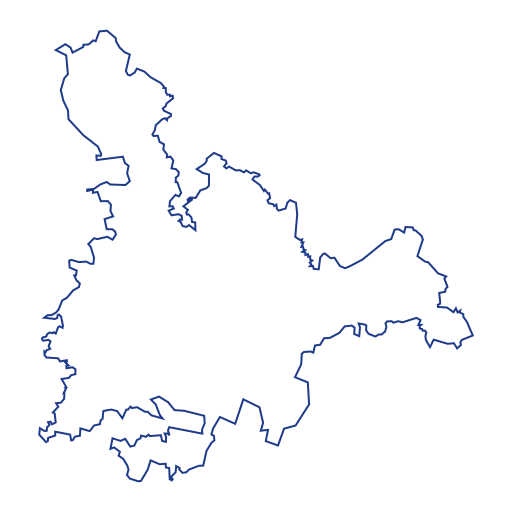 Teloloapan, Guerrero, Mexico
{"feature_id": "50627088B66496365235965", "entity_name": "Teloloapan", "entity_type": "district", "adm_level": 2, "iso_a3": "MEX", "parent_name": "Mexico", "parent_adm1": "Guerrero", "projection": "robinson", "projection_center": [-99.906, 18.387], "detail": "fine", "context": "isolated", "style": "outline", "palette": "blue", "viewbox_px": 512, "rotation_deg": 0, "n_neighbors": 0, "source": "geoboundaries", "source_scale": "gbopen_adm2", "svg_char_len": 5959}
<svg xmlns="http://www.w3.org/2000/svg" viewBox="0 0 512 512"><path d="M70.5,47.5L65.3,44.2L55.8,50.1L66.2,55.3L67.9,74.2L64.2,78.4L60.8,90.2L63.3,100.5L68.0,110.5L68.5,119.2L83.3,135.2L97.8,146.5L101.2,154.0L100.8,155.8L96.4,155.5L96.7,160.0L122.9,156.7L125.0,163.1L128.6,165.9L127.1,173.3L129.8,181.1L125.5,185.0L110.4,184.5L106.6,182.0L100.2,184.5L94.0,188.9L87.2,189.5L87.2,191.0L93.0,189.6L92.9,192.8L97.5,191.9L100.8,201.2L107.9,201.1L110.9,204.6L110.5,211.1L113.1,216.4L104.6,219.1L106.7,229.2L112.5,229.3L115.1,231.5L115.9,234.5L112.6,239.7L107.3,236.8L97.2,239.1L94.1,238.2L88.3,244.1L90.7,246.8L94.0,257.6L93.4,263.7L90.5,263.8L86.2,261.6L79.0,262.1L71.4,259.9L69.2,260.7L69.6,267.5L76.7,270.6L76.0,275.3L74.2,275.4L76.4,280.2L79.8,283.5L79.0,287.0L73.2,290.3L67.0,297.7L62.2,300.5L58.6,309.5L56.0,312.6L51.3,315.2L47.8,315.1L44.2,317.7L54.9,319.0L57.2,318.0L57.7,315.0L59.2,314.6L61.1,316.7L62.9,325.4L62.6,327.8L59.5,326.3L58.1,327.2L55.7,333.6L53.6,332.2L52.5,333.2L49.7,332.5L47.1,334.2L46.3,336.5L42.8,337.4L41.9,338.7L43.0,340.7L48.5,339.9L50.5,341.4L48.6,346.3L50.2,348.8L46.5,350.3L45.4,352.4L44.4,351.5L44.5,354.9L46.4,357.5L58.1,358.3L60.0,361.4L66.8,360.2L67.0,361.4L64.8,361.8L68.5,365.4L66.4,365.7L66.5,368.2L72.7,367.3L75.4,369.2L75.4,374.2L71.3,375.1L68.8,377.9L61.6,379.0L66.4,387.3L65.3,387.7L66.0,388.4L63.6,393.4L64.4,393.4L64.1,398.9L60.9,402.7L56.1,403.2L58.3,406.7L52.9,412.5L54.7,413.5L55.7,422.4L52.1,424.3L50.5,421.7L48.0,422.2L49.5,424.8L47.1,427.3L46.6,430.9L44.2,430.9L39.9,428.2L39.2,434.6L46.1,442.1L47.8,441.1L48.2,437.8L55.2,435.6L55.2,431.7L70.1,434.6L71.2,440.4L72.8,440.1L75.0,436.6L79.9,435.8L80.4,428.4L89.7,431.1L94.1,425.5L99.9,424.2L100.6,420.4L102.6,418.8L103.3,411.2L107.0,410.2L111.6,409.6L117.2,411.1L122.4,418.3L126.3,409.6L127.8,409.7L130.6,406.6L132.0,408.1L137.1,407.2L144.8,411.7L147.7,411.8L151.5,415.4L162.6,418.5L159.8,415.0L155.8,404.5L150.9,399.5L159.0,396.6L168.1,402.2L174.5,410.1L184.2,410.8L204.2,415.8L204.7,423.2L202.0,429.7L202.3,433.6L169.2,427.2L168.0,430.5L169.5,435.3L167.7,433.5L164.6,433.5L166.1,436.8L165.9,441.9L162.1,440.9L160.9,435.2L149.7,436.1L148.6,434.6L145.9,436.8L141.1,435.6L140.5,438.3L136.9,440.1L134.4,445.5L130.3,446.6L125.2,438.8L120.5,440.9L112.5,438.3L110.5,448.8L114.1,447.4L119.9,451.8L118.6,455.7L123.3,458.9L127.3,465.6L128.5,469.6L127.0,475.0L129.8,478.6L138.3,481.3L141.0,480.9L147.7,469.7L150.6,460.4L159.6,464.2L165.7,463.8L165.9,467.5L169.2,468.0L169.7,479.2L171.8,480.4L172.7,479.2L170.9,477.0L175.6,472.3L176.2,466.1L179.6,468.0L179.2,469.4L182.4,472.8L186.3,472.3L188.9,469.6L198.8,465.8L203.2,465.6L206.6,450.7L211.4,442.9L214.4,440.3L213.9,435.8L211.4,434.4L213.1,428.5L219.9,417.0L235.2,423.8L243.3,399.3L259.5,407.3L263.1,422.8L260.8,430.7L268.0,429.9L265.8,441.1L278.0,445.5L284.0,428.7L295.6,425.5L309.1,404.4L307.8,382.4L295.0,377.2L301.2,364.4L301.8,353.8L303.9,352.0L310.6,351.5L313.3,352.6L315.0,345.5L320.2,344.7L324.1,338.2L329.8,337.9L339.3,332.9L344.7,326.4L351.8,325.6L354.6,327.6L354.2,334.0L359.2,336.1L360.0,327.5L358.7,323.5L364.8,324.6L366.3,325.5L366.1,330.2L368.5,333.8L375.3,336.5L379.0,334.4L381.4,334.6L385.1,331.5L386.4,326.9L385.5,323.2L387.1,321.4L391.7,321.2L393.3,322.7L398.1,321.2L402.5,322.3L416.4,317.9L420.5,320.1L418.4,325.0L421.0,324.9L419.6,326.2L419.8,328.5L422.0,329.0L422.7,330.7L425.1,330.7L426.3,332.5L425.4,336.3L426.0,340.2L430.0,347.1L433.7,339.7L447.8,343.8L453.9,343.2L457.1,348.4L460.9,344.9L460.4,342.5L461.8,339.9L472.8,335.5L466.8,321.7L463.4,316.9L463.3,314.2L459.6,312.4L460.1,310.6L457.6,312.4L455.9,308.3L453.5,312.2L447.1,307.6L438.0,306.9L437.8,304.8L439.9,303.9L440.2,302.2L439.2,293.0L445.2,291.7L445.5,289.0L447.5,286.9L444.4,278.6L446.2,276.5L438.1,273.4L428.1,262.2L425.1,261.6L417.4,256.1L422.9,239.5L421.5,235.7L415.5,230.4L413.7,230.2L412.8,227.4L405.5,227.0L404.2,232.6L398.8,229.3L394.7,229.5L391.2,239.1L385.4,241.0L362.4,259.6L349.9,266.2L345.0,268.2L340.0,266.1L334.4,257.7L330.6,258.2L325.0,253.5L323.3,253.8L320.2,257.5L318.7,269.3L313.7,268.9L313.0,266.0L309.9,266.2L311.3,264.4L309.8,262.5L312.3,260.6L310.2,259.6L310.2,256.3L308.2,256.9L308.0,254.2L305.4,255.0L305.4,252.6L302.4,251.8L305.3,250.1L303.4,249.2L303.1,246.7L301.4,246.9L303.4,242.4L301.4,242.4L302.1,239.4L300.1,240.0L295.3,236.9L297.2,214.1L296.0,202.8L290.1,200.1L287.4,202.6L285.6,208.5L278.6,210.6L276.9,208.8L276.4,204.6L274.2,206.1L273.3,204.3L268.7,203.2L267.4,200.3L270.1,198.2L269.1,193.3L268.0,193.6L264.9,189.6L263.9,191.0L259.9,185.0L252.5,179.5L254.4,176.5L257.9,176.5L259.6,175.3L259.2,174.3L253.5,172.3L250.8,173.3L246.2,170.4L243.8,172.4L239.9,170.2L235.8,170.4L229.1,166.6L226.4,168.4L224.0,166.4L226.6,163.3L225.8,160.6L221.5,159.0L221.6,156.4L214.0,152.9L206.7,158.7L206.8,160.6L204.8,163.7L196.7,169.1L203.0,173.0L209.0,174.5L208.9,185.8L206.4,188.2L200.3,190.4L195.7,197.9L190.0,197.5L187.6,199.5L187.9,200.9L191.2,198.4L192.0,199.7L183.4,206.3L187.9,209.9L186.3,212.3L186.8,214.5L188.6,214.4L191.4,217.4L192.1,222.0L195.2,222.4L195.4,230.2L189.1,225.1L186.4,226.9L182.6,226.1L180.7,222.0L178.6,221.0L180.0,219.5L182.0,219.7L181.7,215.9L178.5,214.2L171.5,215.3L168.7,210.7L173.8,208.5L172.6,206.2L169.4,206.4L170.0,201.2L175.4,194.9L179.0,196.4L181.1,192.9L177.3,182.2L175.7,182.1L175.9,177.5L178.4,175.6L178.8,172.1L176.0,169.2L171.5,168.4L173.3,160.5L170.5,156.6L166.8,157.4L167.2,154.6L163.3,149.6L164.0,144.3L159.6,141.9L157.8,135.7L153.5,136.0L152.4,134.5L154.7,130.5L155.8,125.2L162.3,119.2L165.2,118.2L167.0,120.2L167.5,118.2L170.9,116.0L171.0,114.1L164.1,110.8L162.7,108.5L165.7,106.1L166.6,103.4L173.1,98.3L172.6,95.7L170.0,96.3L169.9,94.7L167.3,94.8L165.8,92.1L165.8,88.1L163.5,88.0L163.9,86.6L160.9,83.1L150.5,77.2L144.4,71.6L136.9,68.6L134.6,72.6L129.9,75.5L127.8,74.7L125.9,71.0L129.8,54.6L124.6,52.2L119.7,47.6L116.1,41.5L115.7,38.1L107.0,30.7L99.3,31.4L95.7,41.2L93.3,40.4L88.6,44.4L83.4,44.8L83.2,47.0L72.6,52.6L70.5,47.5Z" fill="none" stroke="#1e3a8a" stroke-width="2"/></svg>